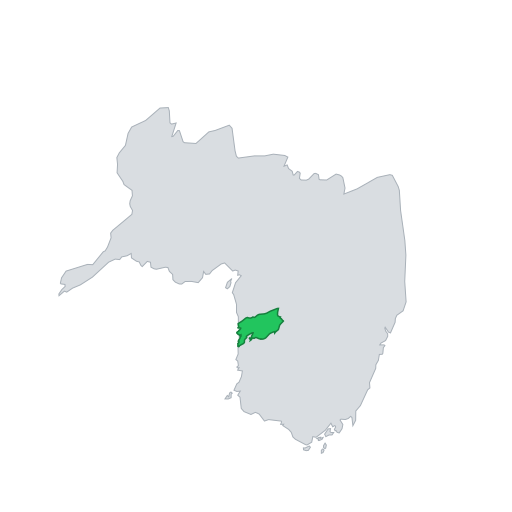 Central Ostrobothnia on a map of Finland (Robinson projection), rotated 304°
{"feature_id": "FIN-3181", "entity_name": "Central Ostrobothnia", "entity_type": "Province", "adm_level": 1, "iso_a3": "FIN", "parent_name": "Finland", "parent_adm1": "", "projection": "robinson", "projection_center": [23.72, 63.644], "detail": "fine", "context": "in_parent", "style": "filled", "palette": "green", "viewbox_px": 512, "rotation_deg": 304, "n_neighbors": 0, "source": "natural_earth", "source_scale": "10m", "svg_char_len": 5739}
<svg xmlns="http://www.w3.org/2000/svg" viewBox="0 0 512 512"><g transform="rotate(304 256 256)"><path d="M201.6,223.0L198.9,216.8L195.2,211.5L191.2,210.1L189.9,208.0L189.2,203.7L189.9,200.4L194.1,197.2L194.8,192.8L197.2,189.4L196.0,187.1L189.3,180.8L188.4,178.7L188.0,175.2L191.8,172.0L190.7,168.9L183.6,167.6L183.9,165.7L185.8,162.5L184.8,159.8L184.8,153.8L188.3,151.1L184.1,149.0L180.2,145.2L176.8,145.0L174.7,141.0L168.5,137.3L147.0,132.2L133.8,126.5L126.8,121.9L120.2,119.3L119.7,116.8L112.9,114.9L114.3,113.8L119.6,113.8L124.0,114.8L125.6,113.5L123.8,109.9L124.1,109.0L129.2,107.0L137.3,107.0L154.8,121.0L157.5,125.5L174.1,127.0L175.9,128.1L180.4,127.9L190.0,125.7L193.7,122.7L197.3,122.9L221.1,129.8L224.7,128.2L226.8,124.0L228.7,122.1L231.4,120.8L236.8,119.9L241.1,116.5L241.4,106.7L243.4,103.9L247.3,94.3L254.5,90.0L259.8,85.6L265.1,85.0L274.7,85.9L286.1,81.4L293.4,80.8L306.6,88.7L325.0,93.7L330.0,100.3L327.8,103.0L318.3,110.2L318.1,112.2L321.6,115.4L307.9,119.4L308.9,120.4L316.3,121.0L317.1,122.4L310.0,131.6L309.9,133.3L315.7,143.3L332.5,147.5L337.3,152.0L349.5,160.7L348.5,164.7L331.5,179.8L327.7,184.0L327.3,186.6L338.1,198.7L343.8,207.2L350.1,213.4L355.4,223.6L355.8,227.1L346.1,229.0L348.9,230.9L346.7,234.1L346.5,238.6L343.9,241.6L344.5,242.4L349.3,243.1L349.8,245.0L349.4,246.3L344.6,248.6L344.3,251.0L347.0,255.3L349.2,256.7L356.9,258.1L357.9,259.3L358.3,262.3L354.9,265.4L355.0,266.5L358.5,272.1L368.7,276.6L369.9,280.0L370.0,282.2L369.5,284.2L362.1,291.8L356.5,294.2L368.2,302.3L389.0,312.6L398.3,321.5L399.1,323.9L393.1,335.0L390.6,338.1L374.6,350.4L352.0,370.8L340.5,379.8L318.1,393.5L301.9,406.1L292.8,408.6L285.7,405.9L282.1,406.5L278.8,408.4L267.4,410.5L267.0,408.4L269.2,402.9L268.2,403.1L266.2,405.6L265.2,408.6L263.1,410.1L258.4,410.7L253.7,408.3L251.5,408.3L253.9,411.9L253.8,413.0L251.3,412.8L246.2,415.6L245.1,415.6L243.4,413.3L237.9,415.8L232.8,416.2L229.8,418.1L214.5,420.9L210.3,424.2L207.5,423.4L190.4,426.2L183.3,425.4L175.5,430.5L169.5,431.2L175.7,425.9L176.0,424.2L172.8,423.3L170.4,421.5L168.2,417.6L167.0,417.4L164.9,422.2L160.9,423.9L155.8,423.9L155.2,421.8L156.1,419.8L155.3,419.4L156.1,417.9L158.7,417.7L159.4,416.9L159.3,416.0L157.3,415.1L159.3,411.6L150.3,410.9L139.3,407.2L138.0,404.1L132.8,406.3L127.9,404.0L127.3,402.6L126.1,391.1L126.6,387.8L129.5,383.9L130.5,380.1L130.4,373.0L132.0,373.0L130.2,370.6L132.8,370.0L133.2,369.2L127.4,357.9L123.9,355.3L126.7,347.1L126.5,345.2L126.0,342.9L121.8,340.4L120.3,333.1L121.4,329.0L130.0,321.7L130.4,318.7L135.2,318.5L133.0,315.9L132.4,312.8L139.3,311.6L141.8,312.5L147.8,311.4L153.1,309.0L151.1,304.6L153.9,304.4L153.0,303.4L153.2,302.2L155.3,302.7L158.7,299.6L158.9,297.2L164.8,296.0L171.7,291.1L177.9,288.5L184.4,283.7L187.2,283.5L188.6,280.2L195.8,275.3L198.3,271.4L205.0,266.9L211.6,259.0L212.3,256.9L222.4,254.0L231.4,254.8L231.2,252.8L229.8,251.6L233.6,249.6L232.7,246.6L230.5,245.1L232.7,233.9L229.9,231.6L219.4,227.8L215.1,227.5L212.7,224.6L213.9,221.2L208.1,223.8L201.6,223.0ZM146.7,412.5L153.0,412.5L154.6,414.3L151.8,415.5L151.6,416.9L153.1,419.1L150.2,419.1L148.4,416.6L145.3,414.9L146.7,412.5ZM219.9,250.2L216.0,251.4L212.8,250.6L212.7,248.5L218.2,247.0L223.8,248.6L221.0,249.0L219.9,250.2ZM124.3,310.2L124.0,312.1L127.7,310.7L129.2,311.3L129.0,313.0L127.7,312.6L124.6,314.6L121.9,312.9L120.2,310.2L124.3,310.2ZM128.3,406.4L127.9,408.0L124.2,408.1L122.7,406.5L121.9,403.8L123.4,402.6L124.3,404.1L128.3,406.4ZM143.1,413.1L141.1,413.3L138.3,411.6L137.9,410.9L139.1,410.5L138.6,408.5L140.7,409.6L141.9,410.9L140.7,411.2L143.1,413.1ZM138.6,420.0L135.8,421.2L134.8,420.9L135.1,418.9L136.7,418.0L139.5,417.9L138.6,420.0ZM132.9,421.1L130.5,421.5L129.0,420.5L131.3,418.9L133.1,419.0L133.5,420.0L132.9,421.1Z" fill="#d9dde1" stroke="#a8b0b8" stroke-width="1"/><path d="M171.1,292.3L171.2,291.9L171.2,291.7L171.1,291.4L172.6,290.5L173.0,290.0L173.3,289.9L174.5,290.2L174.8,290.1L175.1,289.9L175.4,289.7L175.1,289.5L175.1,289.2L175.4,289.0L175.7,288.9L176.6,288.7L178.6,288.8L179.4,288.6L180.0,288.0L180.6,288.4L181.2,288.4L181.7,288.0L182.3,287.5L181.5,287.1L181.1,286.8L181.1,286.4L181.3,286.0L181.3,285.6L181.1,285.3L181.0,285.0L181.1,284.8L181.4,283.2L181.8,282.9L182.3,282.9L183.2,283.2L183.4,283.3L183.7,283.6L184.0,283.7L184.5,283.5L184.7,283.4L185.6,283.8L187.3,283.9L187.7,283.6L187.3,282.8L186.7,281.9L186.3,281.5L186.5,281.1L186.8,281.1L187.6,281.3L187.8,281.1L188.4,280.5L188.7,280.3L188.8,279.9L189.3,279.5L189.9,279.1L190.0,279.0L194.6,281.0L198.7,282.2L200.2,283.2L200.4,284.1L201.1,285.7L201.6,286.3L202.9,287.2L203.7,287.5L203.8,287.8L204.1,288.7L204.2,289.0L205.0,289.5L207.2,290.1L208.6,290.7L209.6,291.5L212.7,295.3L214.5,296.8L218.2,298.7L224.4,303.0L225.1,303.9L221.6,305.3L219.4,306.6L218.6,307.6L218.7,309.0L219.1,310.3L218.9,310.3L218.2,310.6L218.1,311.3L218.2,311.8L218.0,312.6L217.6,313.6L217.5,314.2L217.5,314.9L217.4,315.1L213.4,314.4L211.9,314.3L207.5,315.7L203.7,314.6L202.6,314.6L202.9,314.3L203.2,314.1L203.8,313.8L203.2,313.2L200.8,311.6L199.0,310.7L194.4,310.0L193.4,309.8L192.5,309.3L191.7,308.8L191.0,308.2L190.4,307.4L189.8,306.6L190.0,306.5L190.1,306.4L189.5,305.7L189.2,305.1L188.6,302.0L188.2,301.3L187.6,300.9L187.1,300.7L186.6,300.4L186.3,299.4L186.3,299.2L185.7,298.9L184.3,298.9L183.5,298.8L183.0,298.6L183.5,298.5L183.6,298.4L183.5,298.1L183.5,297.9L184.0,297.6L184.1,297.4L183.9,297.0L183.9,296.9L183.9,296.7L184.1,296.6L184.4,296.5L184.5,296.5L184.7,297.0L185.0,297.5L185.7,297.7L187.5,297.1L190.3,296.7L190.7,296.5L190.2,295.8L186.9,294.0L184.6,293.1L183.9,293.0L183.2,293.9L182.6,293.8L181.8,293.6L180.9,293.4L179.8,293.5L179.1,293.9L178.4,294.4L177.8,294.7L176.5,294.6L172.3,292.4L171.9,292.5L171.6,292.6L171.3,292.5L171.1,292.3Z" fill="#22c55e" stroke="#15803d" stroke-width="1.5"/></g></svg>